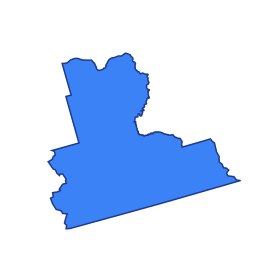 Wasco, Oregon, United States of America, rotated 344°
{"feature_id": "52423323B81291349676813", "entity_name": "Wasco", "entity_type": "district", "adm_level": 2, "iso_a3": "USA", "parent_name": "United States of America", "parent_adm1": "Oregon", "projection": "orthographic", "projection_center": [-120.965, 45.263], "detail": "fine", "context": "isolated", "style": "filled", "palette": "blue", "viewbox_px": 256, "rotation_deg": 344, "n_neighbors": 0, "source": "geoboundaries", "source_scale": "gbopen_adm2", "svg_char_len": 4675}
<svg xmlns="http://www.w3.org/2000/svg" viewBox="0 0 256 256"><g transform="rotate(344 128 128)"><path d="M40.7,207.8L44.4,208.6L127.7,209.5L150.5,209.6L221.8,209.5L218.0,208.0L216.4,204.0L210.8,201.5L210.3,198.5L213.2,196.2L211.3,193.5L208.9,192.6L208.4,188.6L206.3,185.8L207.7,180.3L206.5,175.5L207.0,166.3L205.3,164.0L204.2,161.2L203.1,161.2L198.7,161.3L195.7,161.3L189.3,161.3L186.3,161.3L181.6,161.3L176.9,161.3L174.9,161.3L174.6,161.0L174.7,160.8L174.7,160.3L175.0,160.1L175.1,159.9L175.0,159.6L175.0,159.1L174.8,158.8L175.0,158.3L175.2,157.9L175.4,157.5L175.7,157.2L175.9,157.1L176.0,156.9L176.1,156.6L176.2,156.2L176.1,155.5L176.1,155.1L176.1,154.8L175.9,154.5L175.7,154.3L175.6,153.8L175.5,153.2L175.4,152.8L175.4,152.6L175.0,152.5L174.6,152.2L174.2,151.8L173.7,151.9L173.0,151.6L172.5,151.2L172.2,150.7L171.8,150.4L171.4,150.1L171.0,150.2L170.8,150.2L170.5,149.9L170.5,149.5L170.4,149.2L170.1,148.9L169.9,148.5L169.7,148.2L169.7,147.7L169.7,147.3L169.3,146.9L168.8,146.8L168.3,146.7L167.9,146.7L167.4,146.5L167.0,146.7L166.6,146.4L166.0,146.4L165.8,146.3L165.5,146.2L165.2,145.9L165.0,145.7L164.7,145.8L164.4,145.7L164.2,145.2L163.6,144.9L163.1,144.8L162.6,144.3L162.3,144.1L162.1,144.2L161.7,144.1L161.5,143.8L161.0,143.6L160.8,143.5L160.6,143.1L160.3,142.6L159.9,142.4L159.4,142.1L159.3,141.9L158.9,141.7L158.9,141.8L158.6,141.6L158.4,141.3L158.2,141.1L158.0,140.9L157.7,140.8L157.2,140.8L156.7,140.4L156.4,140.2L156.2,140.1L155.6,140.1L154.8,139.8L154.3,139.9L154.1,139.6L153.6,139.5L153.2,139.7L153.0,139.4L152.4,139.2L151.7,139.3L151.5,139.7L151.0,139.9L150.5,140.1L150.2,140.3L149.9,140.3L149.8,139.9L150.0,139.7L149.7,139.4L149.3,139.6L149.0,139.9L148.5,139.7L148.5,139.4L148.2,139.3L148.1,139.6L147.8,139.9L147.6,139.8L147.3,140.0L147.2,140.2L146.9,140.1L146.8,139.9L146.6,139.8L146.4,139.9L146.1,139.8L146.0,139.6L145.7,139.5L145.4,139.7L145.4,140.0L145.6,140.1L145.6,140.4L145.2,140.5L144.8,140.4L144.3,140.2L143.8,140.2L143.3,139.9L142.8,139.8L142.2,140.1L141.9,139.9L141.6,140.0L141.3,140.2L141.0,139.9L140.8,139.4L140.7,139.1L140.3,139.2L140.2,139.3L139.9,138.9L139.8,138.5L139.1,138.3L138.6,138.0L138.1,138.0L137.8,137.7L137.3,137.5L136.9,137.3L137.0,137.0L137.0,136.6L136.7,136.6L136.3,136.4L136.4,136.1L136.6,135.9L136.5,135.5L136.4,135.2L136.8,134.8L136.9,134.5L136.5,134.2L136.4,134.0L136.5,133.7L136.6,133.2L136.5,132.9L136.2,132.4L136.4,131.9L136.6,131.3L136.5,130.7L136.4,130.0L136.5,128.5L136.4,128.0L136.8,127.5L136.7,126.7L136.3,126.5L136.4,125.7L136.7,125.3L137.0,124.9L137.0,124.1L136.3,124.1L136.0,124.2L135.6,123.8L135.9,123.6L136.4,123.1L137.0,121.8L137.7,119.9L138.7,119.6L139.4,120.0L140.5,119.9L140.9,119.0L141.2,118.0L141.6,117.4L142.4,117.4L142.7,117.5L143.0,117.8L142.9,118.2L142.8,118.6L142.8,119.2L143.4,120.0L144.4,120.0L145.3,118.7L146.1,117.4L146.4,116.8L146.4,115.9L145.8,115.4L145.4,115.2L146.7,114.9L147.2,115.4L148.0,115.6L148.2,115.4L148.1,114.4L147.3,113.6L147.3,113.0L148.3,112.6L149.1,112.6L149.9,111.8L149.8,111.3L150.1,110.0L151.2,109.9L152.4,109.9L152.5,109.0L152.5,108.3L152.8,107.4L154.0,105.9L154.6,104.9L155.2,104.4L155.7,104.8L156.2,105.1L156.6,105.0L156.9,104.5L156.7,103.7L156.5,102.8L156.7,102.0L156.8,101.1L156.9,100.1L157.3,99.1L157.4,98.5L157.2,98.1L158.0,97.8L158.7,97.8L159.0,97.1L158.4,96.6L157.3,95.9L156.9,94.4L157.4,93.3L157.6,92.2L158.3,91.5L159.3,91.4L160.0,90.9L160.7,90.1L160.5,89.0L160.3,88.0L160.4,87.4L160.8,86.2L161.0,85.1L160.5,84.4L160.4,83.7L160.9,83.0L161.5,82.7L162.0,82.3L161.7,81.6L161.2,81.5L160.8,81.5L160.1,81.3L159.8,81.2L159.1,80.7L158.4,80.3L158.0,79.8L156.9,79.1L155.9,79.4L155.5,79.4L154.9,79.4L154.4,78.3L153.9,76.9L153.2,76.6L152.6,76.2L152.4,75.1L152.1,74.7L151.5,73.9L151.2,73.1L151.3,72.5L151.6,72.0L151.7,71.5L151.7,70.9L152.0,69.9L152.4,69.2L153.0,68.1L152.9,67.5L152.5,66.5L152.0,66.0L151.3,65.6L150.9,64.9L151.1,64.1L151.6,63.4L151.9,62.4L151.6,61.5L151.5,61.3L151.2,60.6L150.6,59.6L150.5,59.3L150.3,58.3L146.7,55.5L145.5,55.5L142.3,56.8L141.6,57.0L138.5,56.1L135.1,56.5L131.2,56.2L128.5,57.1L123.9,61.7L124.3,62.6L123.7,63.0L123.0,63.6L122.4,64.1L121.4,63.7L120.6,64.5L117.8,64.8L115.7,64.7L114.1,62.8L114.2,60.5L113.6,56.7L111.6,52.7L107.0,51.4L102.4,49.8L99.2,47.4L95.9,46.4L91.4,46.8L87.6,48.6L84.8,48.4L82.5,47.8L82.4,80.7L77.0,80.6L76.7,128.9L48.8,128.7L50.8,130.1L50.6,134.1L48.5,134.6L46.4,137.3L42.0,138.4L44.1,144.8L44.9,146.9L46.7,148.1L47.1,151.6L49.0,154.8L50.1,153.6L52.6,154.3L54.4,160.0L53.3,161.7L53.4,164.2L49.7,164.0L45.1,167.9L45.8,169.4L42.6,170.0L37.7,169.4L37.3,173.5L34.2,174.1L34.6,179.5L36.5,186.4L41.0,189.2L41.6,192.1L45.9,193.8L43.3,197.5L40.7,202.0L42.2,204.7L40.7,207.8Z" fill="#3b82f6" stroke="#1e3a8a" stroke-width="1.5"/></g></svg>